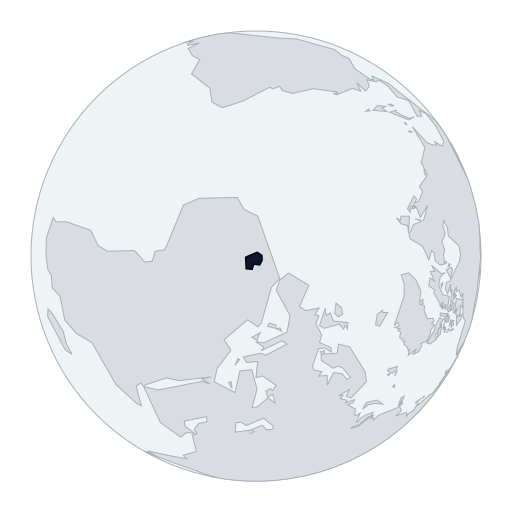 globe centered on Tindouf, rotated 124°
{"feature_id": "DZA-2150", "entity_name": "Tindouf", "entity_type": "Province", "adm_level": 1, "iso_a3": "DZA", "parent_name": "Algeria", "parent_adm1": "", "projection": "orthographic", "projection_center": [-7.582, 27.544], "detail": "fine", "context": "on_globe", "style": "filled", "palette": "ink", "viewbox_px": 512, "rotation_deg": 124, "n_neighbors": 0, "source": "natural_earth", "source_scale": "10m", "svg_char_len": 10130}
<svg xmlns="http://www.w3.org/2000/svg" viewBox="0 0 512 512"><g transform="rotate(124 256 256)"><circle cx="256" cy="256" r="225" fill="#eef3f6" stroke="#a8b0b8"/><path d="M71.2,127.1L78.2,117.6L78.6,117.1L90.8,102.9L104.0,89.7L122.3,75.5L117.0,79.7L122.3,76.1L129.3,70.8L132.6,68.4L160.4,53.7L184.9,42.9L188.3,41.2L190.9,40.8L192.9,39.7L196.8,38.6L197.6,38.4L214.2,34.6L216.7,34.2L211.1,35.7L212.7,35.7L218.6,34.3L225.1,33.5L216.2,35.4L226.5,34.4L218.9,38.2L192.9,46.1L191.2,50.0L171.0,63.8L175.4,63.0L170.5,68.6L173.7,70.0L169.1,72.8L175.7,71.6L179.3,68.9L183.4,67.6L185.6,68.4L180.1,71.8L178.2,71.9L177.7,73.4L174.0,74.9L177.1,74.6L170.1,79.0L180.2,75.9L177.4,80.6L171.9,83.3L168.3,81.2L146.6,84.4L139.9,87.6L134.1,93.5L131.8,107.8L126.2,112.5L121.5,120.1L126.5,118.0L131.9,111.4L140.1,110.0L145.7,102.8L149.8,101.4L157.3,95.2L160.6,98.3L159.7,104.9L153.7,110.3L153.2,113.6L162.5,110.5L154.7,123.5L155.6,137.5L153.1,141.0L141.8,143.0L132.7,137.0L118.0,142.1L132.0,141.3L125.5,151.1L126.3,154.0L129.2,155.3L133.4,152.7L132.1,156.9L117.9,158.6L118.8,154.8L123.3,154.1L119.0,151.7L109.3,154.0L106.8,159.4L94.9,159.1L92.9,163.2L89.2,165.8L93.2,159.1L85.9,171.4L71.5,176.7L61.3,198.8L66.5,178.0L65.4,172.3L63.1,168.2L61.3,171.6L60.8,162.9L56.0,164.5L47.8,179.3L42.9,194.4L44.1,202.0L47.4,196.8L50.0,200.4L41.8,216.4L45.3,228.0L41.3,241.9L41.5,252.0L44.8,254.4L47.7,262.5L52.0,257.0L58.0,257.3L55.9,269.4L60.9,261.2L63.0,269.7L76.2,278.6L74.7,280.6L85.5,302.4L100.7,316.4L104.2,326.9L102.0,331.3L108.1,335.4L108.2,338.9L135.5,353.9L151.9,366.9L153.1,378.5L142.7,388.0L141.1,411.3L124.5,412.4L125.5,420.5L121.8,428.3L111.0,422.0L119.6,430.4L118.2,431.4L112.7,428.1L116.5,432.0L112.7,429.4L118.6,434.2L119.4,435.2L106.0,424.1L93.4,411.9L92.0,410.4L85.3,401.8L67.8,368.7L62.9,359.4L53.3,343.6L41.0,306.5L41.7,297.1L40.2,289.5L45.4,278.9L45.7,261.3L44.4,256.8L41.9,260.6L38.9,242.7L40.2,227.8L43.2,183.1L46.2,174.4L50.5,164.6L73.1,124.6L53.3,157.7L56.1,152.1L71.2,127.1ZM57.8,205.6L62.1,225.6L56.7,221.4L58.2,220.5L57.8,213.8L55.9,205.3L52.0,202.6L57.8,205.6ZM66.4,198.1L65.4,195.6L66.8,197.2L66.4,198.1ZM133.6,67.6L129.1,70.9L121.8,76.2L125.1,73.4L133.6,67.6ZM148.0,58.9L146.8,59.9L140.9,62.9L143.5,61.3L148.0,58.9ZM187.0,41.6L186.0,41.9L186.5,41.7L187.0,41.6ZM155.0,94.1L156.1,94.7L154.2,95.5L155.0,94.1ZM157.2,91.0L154.1,91.6L154.7,90.2L156.6,89.9L157.2,91.0ZM224.3,33.1L228.8,32.5L223.2,33.3L224.3,33.1ZM160.9,90.7L156.2,87.8L157.3,85.5L165.4,82.6L160.9,90.7ZM230.8,32.4L241.9,31.7L243.4,31.3L245.3,32.5L235.3,32.3L228.1,33.1L231.7,32.5L230.8,32.4ZM179.5,67.7L175.7,70.6L176.8,67.6L179.5,67.7ZM179.2,66.2L176.7,59.8L183.3,56.3L182.8,58.9L189.8,54.3L194.3,55.6L191.5,58.5L186.3,60.4L192.0,59.6L179.2,66.2ZM244.6,33.6L246.4,33.9L243.4,33.9L244.6,33.6ZM185.1,66.9L184.0,65.7L189.7,62.5L193.0,64.3L190.1,64.7L185.1,66.9ZM189.5,52.6L194.3,50.8L199.3,51.3L201.8,50.8L195.0,55.4L189.5,52.6ZM189.9,65.9L194.5,65.4L193.8,67.7L186.6,67.9L189.9,65.9ZM189.9,61.0L192.7,59.7L192.2,61.0L189.9,61.0ZM194.0,76.3L192.6,74.6L195.4,72.7L194.0,76.3ZM196.3,65.1L196.5,64.3L197.4,63.5L200.2,63.7L196.3,65.1ZM199.0,55.6L200.1,56.4L202.0,53.7L205.9,54.3L200.6,57.4L204.5,56.4L205.7,56.6L200.1,58.9L199.0,55.6ZM205.9,61.6L200.6,66.3L202.7,69.7L200.2,71.4L197.3,65.7L205.9,61.6ZM203.0,59.8L204.3,61.2L200.5,62.4L197.3,62.1L203.0,59.8ZM210.3,53.8L205.8,52.0L207.1,51.4L210.3,53.8ZM207.3,62.3L208.5,61.2L207.9,62.4L207.3,62.3ZM210.2,56.0L208.4,55.4L210.0,54.7L210.2,56.0ZM212.5,59.6L210.8,61.1L208.6,60.8L212.5,59.6ZM212.1,57.8L214.6,57.1L208.8,59.9L211.0,57.6L212.1,57.8ZM211.9,55.5L212.3,54.9L212.5,55.9L211.9,55.5ZM221.9,60.0L215.2,63.6L210.3,63.0L217.5,59.5L221.9,60.0ZM271.7,31.3L270.4,31.2L272.1,31.3L292.7,33.7L312.9,38.0L314.3,38.4L315.9,38.8L330.9,43.5L345.5,49.3L359.8,56.0L373.5,63.8L386.6,72.4L399.1,82.0L410.9,92.4L421.9,103.6L432.2,115.6L441.5,128.2L450.0,141.5L457.5,155.3L464.1,169.6L461.2,163.7L464.9,175.1L472.5,204.9L477.4,224.7L478.3,237.1L470.0,216.4L462.8,199.8L461.9,205.0L451.5,196.2L439.9,208.9L436.3,205.4L434.5,210.3L426.9,209.9L420.7,203.8L416.9,207.2L433.1,223.2L436.8,219.6L437.3,208.2L441.3,215.0L448.4,217.2L447.5,242.2L427.0,276.2L421.8,262.2L389.6,230.1L388.7,225.0L388.5,224.5L387.9,223.6L388.2,232.4L381.6,225.8L402.3,250.1L407.1,262.0L426.8,277.3L425.7,280.5L431.0,282.6L444.3,267.3L445.0,272.4L440.8,300.4L419.6,343.4L420.6,361.7L416.0,378.8L398.9,396.0L396.3,407.1L386.9,414.4L383.6,420.9L373.7,429.9L358.8,439.7L337.6,445.6L339.5,440.7L333.7,432.5L327.1,407.5L335.7,392.6L335.2,382.0L319.5,359.8L323.2,344.6L318.2,339.1L308.4,342.2L302.2,335.5L295.9,336.1L254.5,344.7L239.9,335.3L218.0,304.4L224.1,291.8L221.9,276.9L261.3,223.8L273.4,225.7L308.6,214.0L313.7,215.0L313.6,227.3L343.3,235.7L348.1,224.1L371.0,225.4L383.6,220.3L381.0,197.1L360.2,205.0L352.6,195.9L366.0,180.6L383.5,174.6L381.1,170.9L366.7,166.7L367.3,157.8L361.3,164.7L366.3,167.4L362.6,172.2L357.9,170.0L358.3,166.8L352.0,167.1L351.8,183.5L356.8,188.0L342.5,195.6L349.5,204.2L346.8,210.0L334.0,197.8L332.7,192.3L311.6,181.0L311.8,187.2L331.6,198.7L327.0,198.6L327.3,208.3L323.4,200.9L301.7,187.7L286.5,194.4L273.1,219.9L263.0,223.0L251.9,219.5L250.8,195.8L273.5,191.7L273.4,184.2L263.8,174.7L271.5,174.5L270.3,170.4L278.4,168.7L284.8,157.4L292.2,155.0L290.0,142.6L293.5,140.0L293.8,147.8L298.1,152.4L316.0,147.4L318.1,144.1L315.1,136.7L320.4,136.7L315.3,130.2L323.3,124.7L309.3,126.4L305.4,118.8L307.6,111.6L303.8,109.6L300.3,121.5L301.2,126.1L305.9,129.4L306.0,143.5L300.9,147.1L291.2,134.3L282.9,138.4L279.0,127.5L291.0,100.6L298.4,94.2L320.8,97.9L321.9,103.0L314.3,103.9L325.7,109.4L322.7,105.9L327.1,106.1L324.6,99.8L327.5,99.7L320.0,94.0L323.4,93.3L328.1,96.9L327.3,87.7L333.0,85.2L331.4,83.2L328.0,81.8L337.6,80.0L336.0,78.7L332.2,78.7L326.5,76.3L320.2,71.5L323.8,71.1L326.6,72.8L337.9,76.1L344.8,81.2L345.6,80.6L340.6,76.2L326.7,72.0L321.9,69.3L328.4,70.5L325.6,69.8L324.4,68.4L326.5,66.8L319.4,65.3L300.5,52.5L302.9,48.9L310.7,50.9L301.4,43.7L304.8,41.6L301.3,41.4L294.5,38.7L293.3,39.3L291.2,39.1L273.1,34.1L271.7,33.1L260.1,32.1L258.3,32.2L258.6,32.7L245.3,32.5L243.4,31.3L247.6,31.0L243.6,31.1L243.8,31.1L271.7,31.3ZM252.2,250.9L252.2,255.5L252.2,250.9ZM405.4,179.4L413.7,174.8L404.3,164.1L406.7,161.6L402.6,159.1L403.5,163.4L392.7,156.1L394.2,150.1L390.3,145.2L387.3,146.6L386.2,159.0L401.8,169.1L402.3,175.7L405.4,179.4ZM76.7,278.7L78.1,282.2L75.7,280.8L76.7,278.7ZM54.4,225.5L56.0,227.9L56.4,230.8L54.8,229.8L54.4,225.5ZM71.9,242.7L74.5,245.9L71.1,244.6L71.9,242.7ZM63.1,228.4L69.8,240.5L63.3,239.4L59.3,232.0L63.0,234.2L63.1,228.4ZM62.5,204.0L63.2,206.2L61.9,208.0L62.5,204.0ZM67.4,199.3L66.9,199.0L67.2,196.6L67.4,199.3ZM126.3,151.0L127.4,151.0L129.7,153.0L127.3,153.6L126.3,151.0ZM148.3,154.1L145.7,160.9L145.8,156.2L141.9,158.0L137.2,151.0L151.6,142.4L145.9,147.3L148.3,154.1ZM135.0,140.0L136.3,144.9L134.3,139.9L135.0,140.0ZM256.0,151.7L260.4,153.7L259.7,158.6L250.2,163.3L251.1,156.0L256.0,151.7ZM266.7,155.5L259.8,142.4L265.4,139.5L263.4,143.2L267.8,142.6L265.8,148.6L278.0,159.3L278.1,164.5L260.5,169.3L266.2,164.6L261.6,162.7L266.7,155.5ZM232.1,119.5L229.2,115.3L245.1,114.2L246.1,118.4L236.7,122.9L230.1,120.7L232.1,119.5ZM176.1,86.7L173.9,86.3L175.5,85.2L178.6,84.7L176.1,86.7ZM193.1,75.7L187.1,88.1L184.3,88.1L184.1,96.2L176.8,99.4L177.1,93.8L171.3,102.8L168.7,99.1L165.5,105.3L167.1,92.7L164.6,90.2L170.3,91.6L177.1,88.7L179.3,86.7L183.6,79.4L181.4,73.2L187.8,69.9L193.0,69.1L194.5,70.1L189.8,71.9L195.2,71.9L189.6,75.3L193.1,75.7ZM249.5,70.7L243.4,71.0L253.2,74.3L247.7,76.5L249.2,76.8L246.8,80.0L246.4,84.4L243.3,85.0L244.5,86.6L242.9,88.9L243.5,91.3L238.2,93.4L238.5,96.7L235.8,95.9L237.7,101.0L233.9,98.2L231.5,101.4L236.5,102.4L206.1,110.9L196.4,117.6L190.3,125.0L184.5,120.0L186.4,110.3L192.8,99.7L203.0,94.4L198.5,93.5L202.1,90.8L204.1,92.6L203.1,88.2L206.6,86.6L212.2,79.0L208.6,74.3L210.6,71.7L213.7,72.7L213.5,69.5L220.8,69.8L222.4,68.0L231.2,66.9L236.4,70.4L237.7,68.3L244.5,67.7L249.5,70.7ZM224.4,59.8L231.9,62.8L232.5,65.7L217.0,66.5L214.5,68.1L204.5,69.3L203.8,65.2L206.7,65.2L209.4,64.2L208.6,65.9L211.2,63.9L215.3,63.9L218.5,62.4L220.1,63.7L224.4,59.8ZM317.1,209.6L320.5,209.4L325.4,207.7L325.7,214.0L317.1,209.6ZM302.2,200.8L305.0,199.4L307.8,206.9L304.2,207.5L302.2,200.8ZM304.1,192.6L304.9,198.8L302.3,195.8L304.1,192.6ZM296.2,146.4L298.9,144.8L300.1,146.4L299.7,149.3L296.2,146.4ZM277.5,83.1L273.9,82.3L274.1,81.3L268.5,77.3L272.2,75.6L277.0,77.4L277.5,83.1ZM378.8,202.3L376.6,207.8L374.1,206.6L375.4,204.9L378.8,202.3ZM351.0,211.7L358.5,212.4L351.0,213.5L351.0,211.7ZM280.5,80.6L277.8,79.1L281.3,79.3L280.5,80.6ZM274.6,74.3L278.3,74.0L272.0,75.0L274.6,74.3ZM440.5,361.6L422.7,394.8L416.1,399.0L417.9,392.0L426.5,373.3L435.2,363.7L440.3,353.5L440.5,361.6ZM477.8,226.0L479.8,234.9L479.9,239.0L477.8,226.0ZM308.0,68.1L311.7,75.1L316.8,80.0L323.5,81.9L315.6,82.6L307.8,75.1L308.0,68.1ZM301.1,54.3L295.2,53.2L296.6,52.2L298.1,52.3L301.1,54.3ZM298.4,54.7L293.4,56.4L289.3,54.9L294.1,53.8L298.4,54.7ZM287.2,67.5L288.1,69.6L285.2,69.3L287.2,67.5ZM248.0,33.5L246.6,33.8L246.2,33.4L248.0,33.5ZM290.7,39.5L287.7,39.1L287.4,38.4L290.7,39.5ZM279.1,38.0L281.5,39.0L277.4,38.1L279.1,38.0ZM287.3,41.5L281.8,39.5L289.2,41.2L287.3,41.5Z" fill="#d9dde1" stroke="#a8b0b8" stroke-width="1"/><path d="M262.8,263.9L262.3,263.6L261.7,263.2L261.1,262.9L260.5,262.5L259.8,262.0L259.1,261.6L258.4,261.1L257.7,260.7L257.0,260.2L256.3,259.8L255.6,259.3L254.9,258.8L254.2,258.4L253.5,257.9L252.8,257.5L252.2,257.0L252.2,256.6L252.2,256.3L252.2,255.9L252.2,255.5L252.2,255.3L252.2,255.0L252.2,254.8L252.2,254.6L252.2,254.3L252.2,254.1L252.2,253.9L252.2,253.6L252.2,253.4L252.2,253.2L252.2,252.9L252.2,252.7L252.2,252.2L252.2,251.8L252.2,251.6L252.3,251.4L252.8,251.1L253.1,250.9L253.2,250.6L253.3,250.6L253.5,250.5L253.7,250.3L253.9,250.1L254.3,250.0L254.4,249.9L254.8,249.6L255.1,249.3L255.3,249.1L255.5,249.1L255.8,248.8L255.9,248.7L256.0,248.8L256.3,248.8L256.4,248.7L256.8,248.8L257.1,248.4L257.5,248.3L257.8,248.2L258.1,248.3L258.7,248.5L259.0,248.2L259.5,248.2L260.0,248.0L260.5,248.0L261.0,248.0L261.4,248.0L264.0,253.3L269.2,251.8L272.1,257.0L262.9,263.9L262.8,263.9Z" fill="#0f172a" stroke="#020617" stroke-width="1.5"/></g></svg>